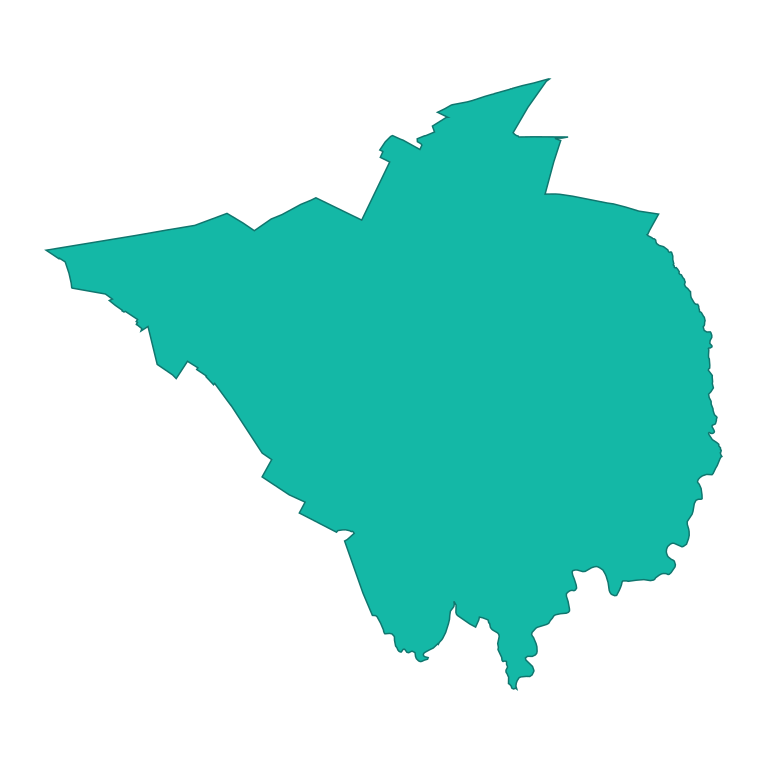 San Andrés Cholula, Puebla, Mexico
{"feature_id": "50627088B61245588023001", "entity_name": "San Andrés Cholula", "entity_type": "district", "adm_level": 2, "iso_a3": "MEX", "parent_name": "Mexico", "parent_adm1": "Puebla", "projection": "mercator", "projection_center": [-98.283, 19.022], "detail": "fine", "context": "isolated", "style": "filled", "palette": "teal", "viewbox_px": 768, "rotation_deg": 0, "n_neighbors": 0, "source": "geoboundaries", "source_scale": "gbopen_adm2", "svg_char_len": 6111}
<svg xmlns="http://www.w3.org/2000/svg" viewBox="0 0 768 768"><path d="M568.1,137.0L533.6,136.8L518.9,137.0L518.3,136.1L516.5,135.6L514.7,134.4L513.1,132.7L528.0,107.2L546.3,81.3L549.5,79.0L548.6,78.9L533.8,83.0L522.5,85.6L512.4,88.4L512.0,88.8L510.8,88.8L509.5,89.4L494.4,93.6L493.2,94.2L492.5,94.2L484.9,96.4L472.5,100.5L467.3,101.9L452.5,104.7L451.2,105.1L444.7,108.8L437.5,112.3L447.8,117.3L446.3,117.4L432.4,126.1L434.5,132.0L425.9,135.6L424.3,135.9L417.2,138.8L417.4,141.7L420.9,143.7L421.9,145.1L419.9,149.5L403.0,140.1L400.7,139.3L392.8,135.7L392.4,135.6L390.6,136.5L385.3,141.8L379.8,150.0L382.7,151.4L382.9,151.7L380.3,157.4L389.7,162.0L361.7,220.1L315.9,197.8L311.0,200.2L300.8,204.4L282.0,214.6L271.2,219.0L254.3,230.7L243.0,223.0L227.0,213.4L194.8,225.4L167.6,229.9L136.2,235.4L46.1,250.2L59.0,258.8L59.4,258.2L65.2,261.9L69.0,273.3L71.2,283.2L71.7,287.6L72.1,288.1L105.4,294.0L112.4,299.1L109.3,300.5L115.2,305.3L122.2,310.2L122.0,310.8L124.0,312.0L125.4,311.4L137.6,319.5L136.2,321.6L137.5,322.4L136.5,324.0L136.8,324.2L136.5,324.6L137.6,325.2L141.8,328.6L141.0,331.0L148.0,326.5L157.2,364.4L172.6,374.9L176.2,378.6L187.5,361.3L197.9,367.8L196.7,369.5L206.4,376.0L206.0,376.7L213.6,384.8L214.7,383.4L227.9,401.4L230.9,405.4L231.0,405.3L262.2,453.1L271.7,459.6L262.1,476.9L289.3,494.9L305.1,502.1L299.3,513.0L336.5,532.2L337.8,530.6L342.4,529.9L345.5,529.8L349.7,530.7L351.3,531.6L352.4,531.3L353.2,531.9L354.2,533.3L347.2,539.6L344.6,541.0L363.0,593.2L372.4,615.4L375.6,615.6L377.0,616.6L380.6,623.2L383.4,629.8L383.7,631.6L384.6,633.6L385.0,633.8L389.5,633.4L391.7,633.8L392.2,634.1L394.4,636.6L394.5,640.3L395.6,646.0L396.9,647.7L397.9,650.0L399.0,651.3L400.4,652.0L401.3,652.0L403.1,649.4L404.1,649.1L404.9,649.5L406.9,652.3L407.7,652.5L408.7,652.7L411.5,651.3L412.5,651.3L414.6,652.4L415.1,653.0L415.5,656.4L416.4,658.7L418.6,660.9L420.3,661.6L421.7,661.4L424.5,660.1L427.6,659.2L428.2,657.6L425.0,656.8L423.7,655.9L423.3,654.8L423.7,653.4L425.2,652.2L429.6,649.8L433.3,648.0L437.9,643.7L438.3,644.3L439.4,642.3L441.9,639.6L442.8,638.2L445.7,632.4L448.4,623.9L449.5,619.3L449.8,615.1L450.4,611.2L453.8,606.6L454.3,604.2L453.9,601.3L456.1,605.1L455.9,612.4L456.5,614.3L457.5,615.5L469.8,624.0L475.6,627.1L478.8,619.9L479.4,617.1L482.7,617.8L487.1,619.5L488.1,620.0L488.7,622.8L489.6,623.4L490.4,627.4L491.4,628.8L492.5,629.9L497.6,632.9L498.8,634.4L499.2,636.4L497.7,643.6L498.4,647.2L498.0,649.6L501.7,657.5L502.0,660.2L502.6,661.2L503.1,661.5L503.9,661.1L506.0,661.2L506.5,661.7L506.6,664.7L507.3,665.8L507.5,667.2L506.0,670.2L506.0,671.8L506.1,672.3L507.1,673.8L508.2,676.4L508.6,676.9L508.5,683.6L509.7,684.3L510.6,685.4L511.4,686.5L511.6,687.8L512.2,688.4L513.7,689.0L515.5,688.2L516.8,689.1L515.9,686.1L516.3,683.1L517.2,680.7L519.1,677.7L520.9,676.9L526.2,676.4L529.8,676.5L532.1,674.9L533.8,671.4L533.9,670.4L532.5,666.4L525.9,660.0L525.4,657.9L527.6,656.3L532.3,656.4L535.4,654.9L536.7,653.3L537.1,651.3L536.9,646.8L536.1,643.7L533.5,637.5L532.3,636.0L531.6,634.4L532.1,632.4L535.9,628.2L537.3,627.3L546.7,624.4L548.7,623.3L550.3,620.6L552.5,618.0L553.8,615.9L555.5,614.8L560.5,613.7L566.3,613.2L568.4,612.3L569.5,610.9L569.5,609.1L568.1,601.5L566.4,596.2L566.4,593.7L568.0,592.1L569.8,590.8L571.9,590.3L574.0,590.7L575.4,590.0L576.6,588.1L576.2,585.1L574.3,579.1L572.7,575.1L572.1,572.0L572.9,570.6L575.1,570.0L577.2,570.0L582.8,571.6L585.2,571.4L591.6,567.7L594.4,566.8L596.4,566.5L598.0,566.9L600.2,568.1L602.9,570.0L605.1,573.8L606.1,576.0L608.1,582.6L609.2,590.3L609.8,592.0L610.9,593.8L612.0,594.6L614.7,595.7L616.6,595.4L619.2,590.5L620.6,587.2L621.5,584.7L622.0,582.1L623.0,580.9L626.4,580.9L628.3,581.3L636.4,580.2L643.9,579.6L650.4,580.6L653.3,580.1L654.6,579.4L655.6,577.8L659.4,575.0L661.7,573.8L663.5,573.5L666.1,573.6L668.1,574.5L669.2,574.3L671.1,572.6L675.0,566.9L675.4,564.8L674.3,561.1L672.9,560.0L671.4,559.4L668.7,557.3L667.8,556.4L666.8,554.0L666.3,551.9L666.6,549.1L667.7,546.5L670.3,544.1L672.4,543.2L674.1,543.3L682.0,546.8L683.4,546.4L686.5,544.2L688.5,538.7L689.2,535.3L689.1,531.5L688.7,529.1L687.3,524.5L687.2,521.6L692.1,514.2L693.0,511.3L694.3,503.6L696.0,500.3L698.2,499.3L701.3,499.2L702.1,498.7L702.0,494.9L701.1,488.5L699.2,484.2L697.6,482.3L697.6,481.0L698.4,479.3L700.0,477.5L702.5,475.8L706.6,474.4L712.0,474.7L713.1,473.5L715.7,468.1L717.2,465.6L720.1,458.5L721.0,457.0L721.9,456.5L720.8,454.7L720.3,452.7L720.9,452.0L721.2,450.2L720.5,449.7L720.5,447.9L718.8,445.9L718.8,444.3L716.7,442.5L712.3,439.6L708.8,434.3L708.6,433.5L708.6,433.0L709.1,432.5L709.8,432.6L710.7,433.4L712.2,433.5L713.5,433.0L714.2,432.2L714.4,431.6L714.0,430.3L712.1,426.8L712.1,425.8L712.3,425.3L715.2,424.0L715.6,423.3L716.4,420.5L716.4,419.2L717.0,417.5L716.6,416.7L714.7,415.0L714.1,413.7L713.1,410.5L713.0,408.8L711.2,404.1L711.1,401.3L709.2,397.6L708.6,394.2L710.9,391.8L713.4,387.9L712.3,383.6L712.6,381.5L712.2,377.0L712.3,375.5L708.3,370.2L708.8,368.8L709.7,368.1L709.8,365.2L709.3,358.9L708.6,357.6L708.5,355.2L708.8,349.9L708.4,348.5L708.8,348.1L710.4,347.9L712.0,346.8L711.9,345.7L709.8,343.4L710.1,340.6L711.8,337.4L711.8,335.3L710.8,332.5L710.3,331.9L706.8,332.0L704.2,330.4L703.3,327.3L703.3,326.5L704.2,325.7L704.5,324.6L704.7,321.9L705.1,320.8L704.3,317.2L703.5,316.3L701.4,312.6L700.4,311.9L699.6,311.7L699.3,309.4L698.8,308.2L698.7,306.2L697.7,304.3L695.7,304.2L694.3,303.0L691.1,297.5L690.7,295.3L690.5,291.6L689.7,291.0L687.9,288.7L685.5,286.7L684.9,285.5L684.5,284.3L685.2,282.0L684.4,280.1L684.4,279.3L682.9,277.7L681.4,274.9L680.1,274.4L679.5,273.9L679.0,273.2L679.2,271.6L677.5,269.0L676.2,267.6L675.2,267.9L674.3,267.3L674.3,266.0L673.4,265.2L673.3,264.5L673.8,263.9L672.8,259.6L672.8,256.1L671.6,252.4L670.9,251.9L669.7,252.4L669.0,252.1L668.2,251.1L667.9,250.0L663.6,246.7L659.1,245.4L656.6,243.5L655.9,241.7L655.7,240.1L654.4,238.9L652.8,238.6L651.9,237.7L648.0,235.7L647.1,234.7L647.7,234.4L649.6,230.3L658.6,214.1L638.8,211.1L625.7,207.1L613.4,203.9L607.1,203.0L572.7,196.2L559.9,194.3L555.4,194.0L545.1,194.1L553.8,161.8L560.7,140.5L555.8,138.8L555.4,138.1L562.0,138.1L568.1,137.0Z" fill="#14b8a6" stroke="#0f766e" stroke-width="1.5"/></svg>